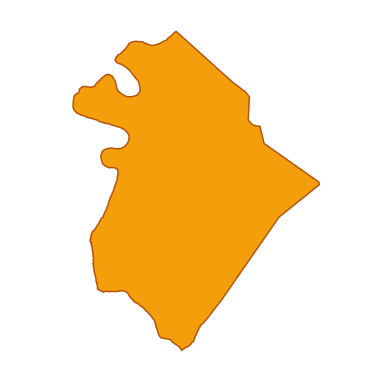 the district of Almondale, Castries, Saint Lucia, rotated 185°
{"feature_id": "8701671B18648215649765", "entity_name": "Almondale", "entity_type": "district", "adm_level": 2, "iso_a3": "LCA", "parent_name": "Saint Lucia", "parent_adm1": "Castries", "projection": "orthographic", "projection_center": [-60.96, 14.019], "detail": "fine", "context": "isolated", "style": "filled", "palette": "amber", "viewbox_px": 384, "rotation_deg": 185, "n_neighbors": 0, "source": "geoboundaries", "source_scale": "gbopen_adm2", "svg_char_len": 6060}
<svg xmlns="http://www.w3.org/2000/svg" viewBox="0 0 384 384"><g transform="rotate(185 192 192)"><path d="M167.0,65.5L153.0,87.3L103.2,174.5L65.8,210.4L66.6,213.0L124.4,246.6L130.1,263.4L133.5,263.3L137.8,264.3L142.3,268.7L142.7,281.0L143.0,287.4L142.9,290.1L143.3,292.0L147.2,296.0L148.1,297.0L149.7,297.6L152.1,299.2L155.4,301.4L160.6,304.5L221.8,350.6L223.3,349.4L224.5,347.9L225.1,347.1L226.6,345.4L228.5,343.9L229.1,343.5L230.1,341.8L231.3,340.7L232.8,340.0L234.6,338.8L236.3,337.8L237.0,337.2L239.4,336.3L240.6,335.5L242.1,335.1L243.5,334.8L244.9,334.3L246.6,335.0L249.3,335.3L250.6,336.1L251.1,335.6L253.3,336.8L254.1,337.1L255.4,337.3L257.2,337.3L258.6,337.1L261.0,337.3L262.0,337.0L262.9,336.9L264.2,336.3L265.3,336.0L265.7,335.9L267.7,334.4L267.8,333.8L270.0,330.1L270.5,328.8L271.9,327.9L272.8,326.4L273.6,325.8L274.6,324.7L274.4,324.1L275.5,323.4L276.7,322.6L277.7,322.1L278.1,321.2L279.4,319.6L279.5,318.4L279.9,317.6L280.2,317.1L279.8,316.2L278.7,315.0L277.6,314.2L276.0,313.6L275.3,313.4L274.3,313.2L272.3,312.5L271.2,312.0L270.2,311.6L269.4,311.0L265.7,308.6L264.2,307.2L263.6,306.7L262.7,305.8L261.5,304.2L260.8,303.5L259.7,302.5L258.7,300.9L257.5,300.1L256.9,299.5L256.4,298.9L255.4,298.0L254.9,297.3L254.6,296.9L254.5,296.2L253.9,295.1L254.0,294.0L253.3,293.0L253.2,292.2L252.8,291.0L252.8,289.1L252.8,287.2L253.1,286.6L253.9,285.7L254.1,285.0L254.9,284.2L256.9,282.8L258.3,282.3L259.2,282.2L260.8,281.5L262.3,281.5L264.9,281.4L266.9,281.9L268.3,282.3L268.8,282.7L269.8,283.2L270.8,283.8L271.7,284.2L272.7,285.1L274.7,286.6L275.6,288.0L276.0,288.8L276.3,290.0L276.6,291.4L277.0,292.1L277.6,293.2L277.3,294.0L277.7,294.8L278.9,296.5L279.4,297.0L279.6,297.8L280.9,299.6L281.9,300.6L282.4,300.9L283.6,301.4L285.9,301.9L287.0,301.2L288.0,301.3L288.8,300.0L290.5,299.0L291.1,298.5L291.8,297.4L292.7,296.9L293.2,295.7L294.7,294.2L295.2,293.4L295.8,293.2L296.4,291.9L297.4,290.9L297.6,290.4L298.2,289.0L299.9,288.3L300.8,288.0L301.5,287.7L302.4,287.6L303.4,287.4L304.1,287.4L307.0,287.8L309.1,287.6L310.2,287.4L310.9,286.9L312.1,285.7L313.1,284.6L313.2,283.3L313.1,282.4L313.2,281.7L313.3,281.3L313.9,280.8L314.5,280.4L314.9,280.3L315.4,280.0L315.9,279.5L316.6,279.0L317.6,277.4L318.0,277.1L317.7,275.4L318.0,274.6L318.2,272.2L318.1,270.5L317.9,269.6L318.1,268.8L317.9,267.6L318.1,266.9L317.8,265.9L317.4,264.8L317.0,264.1L316.1,262.9L313.5,260.5L312.0,260.2L311.3,259.9L309.7,259.0L308.4,258.9L306.2,258.6L305.3,258.1L302.7,257.1L300.4,256.9L297.9,256.4L296.9,256.3L295.3,255.8L294.6,255.8L294.0,255.7L292.7,255.4L292.0,255.1L291.1,254.6L289.7,254.0L288.2,253.8L286.9,253.6L285.7,253.1L283.8,252.9L283.3,252.7L281.9,253.0L281.4,252.9L280.1,252.5L278.5,251.8L277.7,251.7L277.1,251.6L275.7,251.5L274.7,251.1L272.3,250.7L271.3,250.4L270.5,250.4L268.6,249.9L266.5,248.9L266.0,248.8L264.9,248.4L264.3,248.0L263.6,247.4L263.3,247.0L262.4,246.3L260.9,244.7L260.3,243.6L259.8,242.7L259.5,241.4L259.4,240.5L259.3,239.9L259.2,239.4L259.6,238.4L259.7,237.6L260.0,236.3L260.5,235.0L261.1,234.1L261.8,233.3L262.2,232.3L262.9,231.7L263.9,230.8L265.6,229.8L266.4,229.2L267.7,228.8L270.3,228.7L271.4,228.5L271.9,228.4L272.9,228.5L274.5,228.7L275.7,228.7L277.7,228.5L278.2,228.3L279.0,227.9L280.1,228.0L281.1,227.5L281.6,227.1L282.3,226.9L282.7,226.6L283.5,226.1L284.0,225.8L284.9,224.4L284.9,223.9L285.3,223.0L285.7,220.9L286.0,220.4L285.9,219.8L285.7,218.0L285.5,217.3L285.3,216.9L284.9,216.4L284.8,215.7L284.7,215.0L284.2,214.1L283.6,212.9L282.8,211.8L281.9,211.2L280.9,210.5L279.2,209.7L278.0,209.4L276.4,208.8L275.3,209.3L274.4,209.4L273.1,209.5L272.1,209.4L270.6,209.3L269.8,209.0L269.3,208.6L268.7,208.3L268.2,207.7L267.7,206.8L267.5,206.4L267.5,204.2L267.5,203.6L267.4,202.5L267.3,201.9L267.8,200.5L267.7,199.7L267.5,198.2L267.5,197.4L267.9,196.7L268.5,195.2L268.5,194.6L268.9,192.7L269.3,191.4L269.6,189.7L270.1,188.8L269.9,188.3L270.1,187.5L270.4,186.6L270.6,186.1L271.6,182.9L271.7,182.4L271.9,181.9L272.4,180.7L272.9,179.2L273.2,178.5L273.2,177.6L273.8,176.0L273.8,175.4L274.1,174.5L274.3,172.5L274.3,171.7L274.9,170.6L275.4,169.6L275.9,167.3L276.0,166.5L276.3,165.7L277.0,164.5L277.5,162.6L278.1,161.3L278.4,160.0L278.3,159.4L280.0,158.1L280.5,156.5L281.5,154.8L281.8,154.1L281.8,153.1L282.3,152.1L283.1,150.8L283.7,150.0L283.9,149.5L284.4,148.7L284.5,148.1L285.2,147.1L285.5,146.1L285.9,145.7L286.8,144.9L287.5,144.3L288.0,142.7L288.5,142.1L288.6,141.0L288.3,140.2L288.8,138.8L288.9,137.8L288.9,136.8L288.6,136.3L289.2,135.6L289.4,135.2L289.2,134.2L288.6,133.0L287.6,133.0L287.9,130.7L287.1,129.5L287.0,129.0L286.6,127.3L286.4,126.3L285.9,124.7L285.2,121.4L285.2,120.8L284.9,119.3L284.2,118.0L284.4,117.5L284.4,116.2L284.5,115.2L284.3,114.3L284.0,113.2L283.9,112.1L284.5,111.9L283.7,110.6L283.8,109.8L283.3,108.5L283.6,107.8L283.0,106.5L282.4,105.5L282.6,104.4L282.1,103.0L281.8,102.3L281.3,101.2L281.2,100.6L280.7,98.8L280.2,97.4L279.8,96.0L279.9,95.0L278.8,93.0L279.1,92.4L278.2,90.8L277.8,89.8L278.0,88.4L277.5,87.8L277.7,87.3L276.8,86.6L276.3,86.3L275.3,86.0L274.0,85.6L272.9,85.3L271.4,84.5L270.1,85.3L269.0,85.6L267.8,85.5L265.2,85.6L264.4,85.9L263.6,86.0L262.3,86.1L260.1,86.1L258.0,86.4L253.0,87.6L250.7,87.4L248.8,86.8L246.2,84.7L245.6,83.2L244.2,81.6L241.9,79.7L240.3,77.9L238.7,77.0L236.7,76.3L235.1,75.6L234.4,74.8L233.7,74.2L231.0,72.6L229.9,71.9L229.2,71.5L228.4,70.9L228.3,70.3L227.6,69.5L226.3,69.0L225.2,67.8L224.6,67.0L223.4,66.0L222.3,65.2L220.8,63.7L220.3,62.7L218.8,61.4L217.8,60.3L217.8,59.4L217.3,58.0L216.3,56.4L216.5,55.6L216.2,54.6L215.2,53.2L214.7,51.9L214.5,51.3L213.4,48.6L213.1,47.9L212.7,47.2L212.2,46.1L211.7,45.7L211.1,44.8L210.5,44.2L210.0,44.1L207.4,43.9L205.2,43.6L204.1,43.5L202.9,43.3L201.8,43.0L200.5,42.9L199.2,41.7L198.4,40.6L197.1,40.2L196.3,39.5L195.0,38.7L193.7,38.3L192.4,37.3L190.9,36.4L190.2,35.1L189.4,34.9L188.7,33.4L187.8,34.1L184.4,36.8L182.7,37.4L181.1,39.1L179.8,40.4L178.9,42.3L177.9,42.6L177.0,44.6L176.7,47.1L176.1,48.8L175.4,50.0L174.6,53.2L174.2,54.2L173.7,55.7L172.4,58.1L171.6,60.1L170.5,61.3L169.4,62.3L168.0,64.5L167.0,65.5Z" fill="#f59e0b" stroke="#b45309" stroke-width="1.5"/></g></svg>